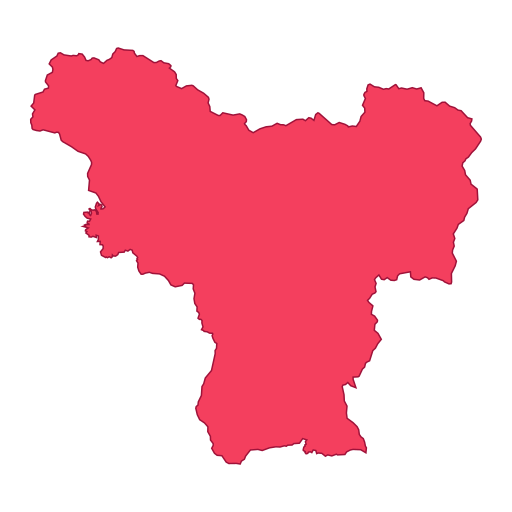 outline of Chaloem Phra Kiat, Nan, Thailand
{"feature_id": "78962969B24937809655740", "entity_name": "Chaloem Phra Kiat", "entity_type": "district", "adm_level": 2, "iso_a3": "THA", "parent_name": "Thailand", "parent_adm1": "Nan", "projection": "mercator", "projection_center": [101.099, 19.489], "detail": "fine", "context": "isolated", "style": "filled", "palette": "rose", "viewbox_px": 512, "rotation_deg": 0, "n_neighbors": 0, "source": "geoboundaries", "source_scale": "gbopen_adm2", "svg_char_len": 5924}
<svg xmlns="http://www.w3.org/2000/svg" viewBox="0 0 512 512"><path d="M365.9,452.8L366.4,447.8L365.4,446.1L364.6,442.1L363.3,438.6L360.9,436.8L359.3,434.4L358.7,429.8L357.1,426.7L353.2,422.8L347.1,418.3L346.4,413.0L347.0,406.1L344.3,401.0L344.0,394.7L342.2,386.6L342.9,385.1L345.5,384.5L347.8,382.5L350.7,385.7L355.9,387.7L353.1,379.3L353.1,377.1L358.1,376.8L359.1,376.2L362.4,369.1L364.6,367.1L365.5,363.3L367.0,362.0L369.6,360.8L372.8,350.6L375.4,348.2L377.7,343.8L381.3,339.3L378.0,333.4L374.3,330.3L374.9,324.3L377.3,321.8L377.5,320.2L374.6,316.1L371.4,314.3L371.5,311.5L372.9,305.9L369.0,302.5L367.5,300.4L369.6,298.3L372.2,294.2L374.9,293.0L376.0,291.7L375.0,286.9L376.1,283.4L374.5,279.7L375.7,277.8L378.9,275.0L381.5,279.2L384.2,279.7L387.2,277.6L390.8,280.2L394.3,280.5L396.7,279.7L397.6,275.8L399.6,273.8L410.4,271.8L410.8,276.9L413.9,279.3L419.6,280.0L425.1,276.9L427.5,277.7L429.0,279.3L432.2,277.9L435.9,278.0L443.3,280.7L444.5,281.9L449.0,283.9L451.1,283.7L451.6,282.0L451.4,273.5L455.2,265.8L456.4,261.2L452.3,253.1L452.6,250.0L454.2,246.1L453.4,242.2L454.8,238.5L453.3,233.9L457.0,228.1L458.3,224.4L463.8,220.5L464.6,217.2L466.9,213.4L468.3,208.7L476.1,202.5L477.8,199.8L477.2,189.1L471.0,184.1L470.2,180.2L465.5,174.8L464.7,170.5L462.1,166.1L462.8,162.8L465.0,160.8L465.8,158.9L468.4,157.1L471.7,152.6L475.5,148.9L480.6,141.2L481.3,139.1L480.6,137.1L470.4,125.3L470.1,123.6L471.6,121.0L471.9,118.9L467.6,117.7L461.1,110.7L458.0,110.1L454.7,107.7L449.6,106.1L445.1,102.2L442.1,102.3L436.9,105.8L428.1,101.1L424.8,100.7L423.7,98.5L423.8,92.8L421.1,87.8L416.7,89.0L412.3,87.7L407.1,89.2L401.5,88.0L398.8,88.7L396.1,84.8L395.4,84.6L388.7,89.0L386.2,88.6L383.5,89.3L378.8,87.3L374.4,86.8L370.0,84.1L368.1,84.9L366.8,88.8L366.9,91.4L365.0,92.4L363.9,94.4L363.9,95.6L365.4,98.5L362.5,105.3L364.7,108.1L364.9,112.2L361.1,116.5L359.9,121.2L356.3,126.5L352.3,126.0L348.3,126.9L347.8,125.9L344.9,124.3L339.2,122.5L334.7,124.8L331.8,124.6L319.2,113.4L317.9,112.8L315.7,114.5L313.9,120.4L311.1,118.2L308.8,117.7L305.4,120.7L302.9,119.2L296.4,119.6L285.9,125.7L283.6,124.8L280.5,124.7L277.1,123.3L271.9,126.2L266.1,126.8L260.0,128.8L253.2,132.7L248.8,130.2L246.2,125.7L244.9,124.5L244.5,123.6L246.3,121.6L246.5,119.7L244.8,116.5L242.1,114.9L239.7,113.9L233.1,115.1L222.8,112.8L220.1,115.5L218.3,115.5L210.2,111.4L209.8,106.6L208.1,102.9L209.0,99.2L208.4,97.3L203.6,93.2L197.6,89.8L193.2,85.8L191.8,85.3L186.4,85.9L181.6,88.6L176.6,86.5L175.8,85.6L177.8,80.6L176.3,78.5L176.2,74.5L174.6,71.9L169.4,68.1L170.8,66.7L170.9,65.6L168.7,63.7L163.8,62.8L161.0,60.7L159.2,61.0L156.4,62.5L153.9,62.6L142.9,55.6L139.7,55.6L136.9,56.5L134.4,53.1L134.1,51.4L132.8,50.4L124.0,49.9L118.2,48.0L116.6,48.5L115.2,51.6L112.8,54.0L111.8,57.6L109.3,59.4L107.0,60.3L103.5,63.4L100.2,61.8L98.8,59.8L94.0,57.9L92.2,58.1L91.0,59.6L88.1,60.8L86.0,60.4L84.6,57.1L82.2,54.1L78.8,53.6L78.4,54.7L76.7,55.8L73.1,55.4L71.3,56.0L64.0,54.9L60.4,52.8L58.2,53.2L56.9,56.0L51.2,59.9L49.2,63.9L52.4,67.1L52.9,69.4L52.4,72.3L47.3,75.0L45.4,80.7L45.5,81.9L48.6,85.9L48.4,88.1L44.5,89.2L43.0,92.0L35.4,94.4L34.7,95.1L33.7,103.0L31.1,106.1L34.9,109.9L32.5,113.9L32.9,116.9L30.7,119.3L30.8,122.7L31.8,125.1L32.1,128.4L33.0,129.5L36.4,130.5L40.0,131.0L43.1,129.8L54.8,132.9L56.6,132.2L58.5,132.4L59.6,134.1L61.2,140.2L62.8,141.7L71.5,146.7L78.0,151.3L85.6,153.9L88.3,156.4L90.8,160.4L91.6,162.4L91.5,164.6L87.6,173.4L87.7,176.5L89.5,180.1L88.6,190.4L95.9,193.0L98.4,196.2L101.0,201.7L105.1,206.9L103.1,208.8L101.0,209.0L101.0,208.0L102.0,206.8L101.7,205.1L100.7,204.4L98.5,205.6L99.1,203.9L97.4,202.2L96.5,203.3L95.3,207.0L95.8,209.0L98.2,212.6L98.0,214.2L96.8,214.1L96.4,211.2L94.2,209.8L93.2,210.3L91.2,209.7L90.0,208.5L89.2,208.7L89.2,209.5L91.2,211.4L91.5,213.3L90.6,215.5L89.5,214.7L89.5,211.9L88.2,213.0L87.7,212.1L83.9,212.4L83.5,214.1L85.1,216.4L87.2,218.2L90.7,219.0L89.5,221.3L87.6,221.1L87.2,222.3L87.3,223.2L88.8,223.8L89.0,224.5L85.6,224.5L84.6,225.0L85.3,225.8L83.1,226.4L88.3,227.9L85.6,229.8L85.4,230.9L86.9,231.6L85.9,233.0L89.0,235.3L89.0,236.8L91.3,237.1L92.9,236.3L96.4,237.5L96.2,235.2L98.4,236.0L98.4,239.4L97.4,241.5L100.2,241.4L100.0,244.6L102.5,244.8L103.2,246.2L103.1,248.6L100.5,251.9L101.5,255.3L105.6,257.5L106.3,257.0L107.4,257.7L109.2,256.7L111.1,257.8L112.2,256.9L112.4,255.0L113.3,256.0L115.6,256.1L117.8,254.6L118.6,252.5L124.2,252.1L125.3,250.2L127.9,251.1L130.1,249.4L132.2,250.2L132.8,252.8L136.8,256.1L137.7,257.7L136.9,258.9L137.5,259.5L136.5,260.7L138.0,263.1L137.7,267.2L138.9,271.0L141.1,274.2L142.9,274.2L145.4,273.1L149.4,272.3L152.6,273.4L159.5,273.9L164.5,276.2L168.5,280.6L170.9,284.9L175.2,286.8L182.1,285.4L184.4,283.1L192.3,283.4L193.5,284.8L193.2,288.9L194.9,293.2L194.0,298.7L194.8,303.5L197.1,306.9L196.9,311.1L198.7,312.5L199.4,314.2L198.0,318.2L199.4,319.4L200.8,319.3L202.0,320.5L201.9,323.0L203.0,326.9L201.5,329.7L203.5,330.5L204.1,331.4L207.2,331.8L209.5,333.1L212.5,333.3L212.8,334.1L212.1,335.7L213.0,338.5L214.9,342.3L216.8,343.5L216.5,348.4L215.1,350.5L215.2,353.7L211.5,370.5L205.3,378.0L203.7,383.8L202.0,386.5L201.4,395.5L198.3,401.9L198.0,405.0L196.2,406.6L195.8,408.3L197.3,414.7L199.7,419.7L204.5,422.9L207.9,426.8L207.8,431.7L210.4,436.3L210.5,440.0L213.2,443.6L213.2,445.4L211.7,448.3L214.5,453.3L217.1,455.3L221.9,455.7L226.2,462.1L228.8,463.5L236.4,463.4L240.2,464.0L241.4,461.1L244.4,459.2L245.6,456.1L250.4,450.0L257.9,449.4L262.2,450.5L269.6,447.8L275.9,446.8L280.1,447.0L284.3,445.8L286.4,446.2L287.6,445.2L292.1,445.0L293.8,443.6L299.4,443.2L302.7,438.6L306.8,439.9L305.4,441.7L306.1,444.2L304.8,445.0L305.0,446.2L303.8,447.1L303.2,449.7L303.3,450.5L305.2,451.6L305.0,452.5L306.1,453.8L307.7,453.4L308.5,452.1L310.4,451.8L311.8,452.6L313.2,450.0L315.8,450.5L316.7,453.6L318.1,453.0L321.8,453.3L325.4,456.2L327.7,454.9L331.8,455.9L336.4,454.2L337.5,454.9L344.9,454.5L346.6,451.9L350.3,450.0L353.0,449.4L360.7,449.7L365.9,452.8Z" fill="#f43f5e" stroke="#9f1239" stroke-width="1.5"/></svg>